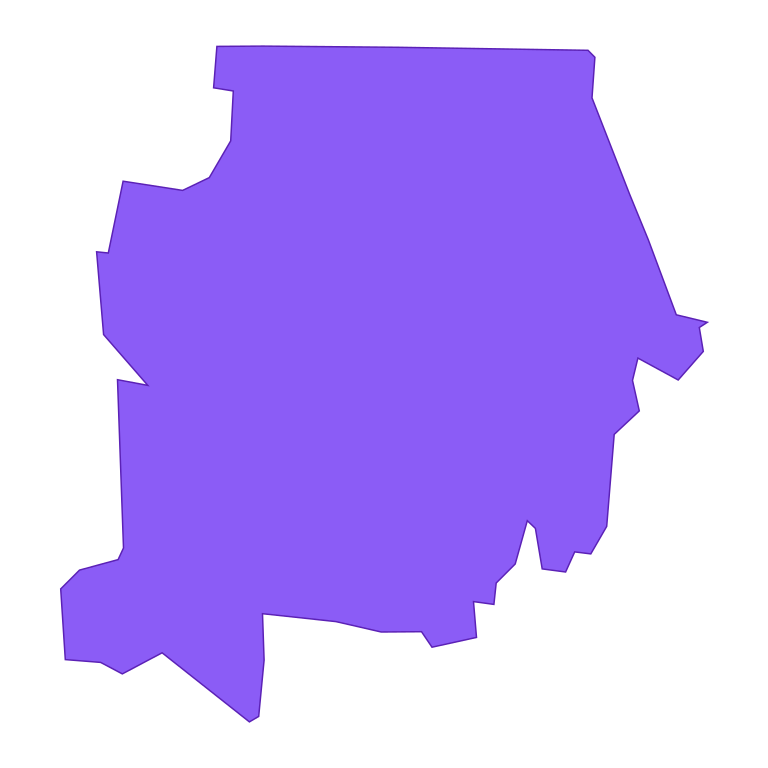 Campbell, Tennessee, United States of America
{"feature_id": "52423323B63395465279305", "entity_name": "Campbell", "entity_type": "district", "adm_level": 2, "iso_a3": "USA", "parent_name": "United States of America", "parent_adm1": "Tennessee", "projection": "robinson", "projection_center": [-84.138, 36.385], "detail": "fine", "context": "isolated", "style": "filled", "palette": "violet", "viewbox_px": 768, "rotation_deg": 0, "n_neighbors": 0, "source": "geoboundaries", "source_scale": "gbopen_adm2", "svg_char_len": 814}
<svg xmlns="http://www.w3.org/2000/svg" viewBox="0 0 768 768"><path d="M263.1,46.1L216.9,46.4L213.6,87.8L233.3,91.0L230.7,140.9L209.3,177.6L182.6,190.4L123.1,181.2L108.3,253.0L96.6,251.8L103.6,334.6L147.8,385.4L117.5,379.7L123.5,548.0L118.1,559.6L79.5,570.1L60.7,588.9L65.3,659.6L100.6,662.4L122.3,673.9L162.1,652.8L249.4,721.9L258.7,716.4L264.1,660.1L262.5,613.7L335.9,621.6L381.2,632.0L421.5,631.7L432.0,647.2L476.5,637.4L473.5,601.6L493.9,604.4L496.2,583.0L515.2,564.0L527.3,520.7L535.4,528.4L542.2,568.9L565.6,572.0L574.7,551.9L590.8,553.9L606.7,526.4L614.2,434.4L639.3,410.9L632.5,380.4L637.9,358.1L678.2,380.0L703.3,351.4L699.3,327.5L707.3,322.3L676.3,314.8L648.4,240.0L629.6,194.2L592.0,97.9L594.9,57.3L588.0,50.3L587.6,50.3L398.3,47.3L263.1,46.1Z" fill="#8b5cf6" stroke="#5b21b6" stroke-width="1.5"/></svg>